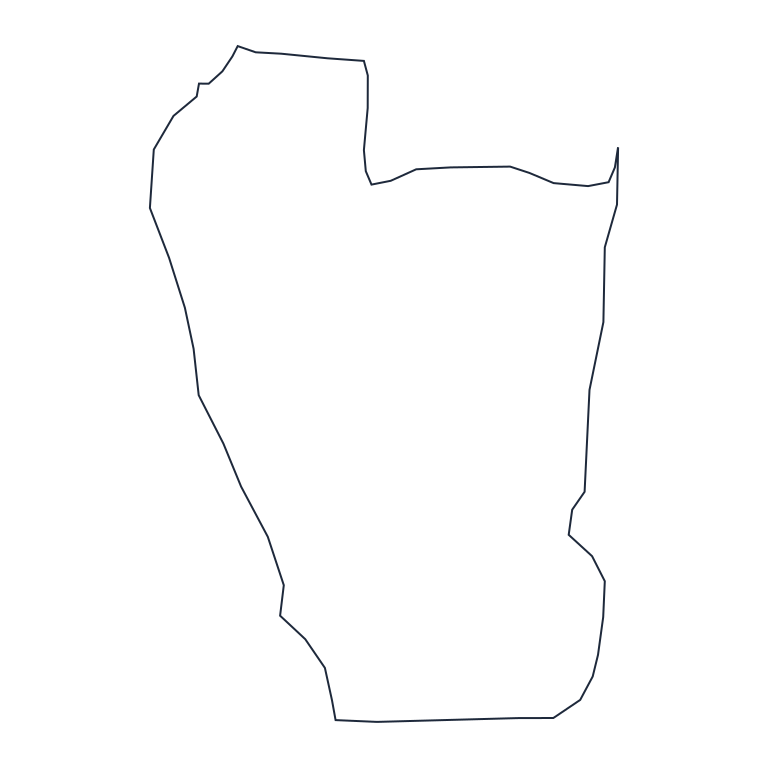 Orsa, Dalarna, Sweden
{"feature_id": "70781695B64555643883155", "entity_name": "Orsa", "entity_type": "district", "adm_level": 2, "iso_a3": "SWE", "parent_name": "Sweden", "parent_adm1": "Dalarna", "projection": "orthographic", "projection_center": [14.747, 61.336], "detail": "fine", "context": "isolated", "style": "outline", "palette": "slate", "viewbox_px": 768, "rotation_deg": 0, "n_neighbors": 0, "source": "geoboundaries", "source_scale": "gbopen_adm2", "svg_char_len": 859}
<svg xmlns="http://www.w3.org/2000/svg" viewBox="0 0 768 768"><path d="M199.0,83.6L196.7,96.5L173.5,115.9L153.8,149.5L149.9,208.0L169.1,257.9L184.9,307.8L193.6,348.8L198.7,395.2L223.4,443.6L241.1,486.6L267.8,536.8L283.8,585.2L280.1,615.7L304.4,638.4L305.2,639.1L324.9,667.9L332.0,700.3L335.4,719.1L335.6,720.1L377.0,721.9L517.3,718.1L553.3,718.0L554.7,717.1L580.2,699.9L592.7,676.5L598.0,654.9L603.2,617.1L604.8,581.2L592.1,556.2L568.7,534.8L572.2,509.7L584.6,491.8L589.5,389.9L603.4,322.1L604.8,247.3L617.0,204.6L618.1,147.4L618.0,147.6L614.9,167.4L608.6,182.2L588.1,186.1L553.6,183.1L529.3,172.9L510.1,166.6L450.7,167.4L416.2,169.3L390.7,180.8L371.5,184.6L365.8,171.2L363.9,150.1L367.7,108.0L367.8,75.5L363.9,60.9L327.6,58.3L281.2,53.7L255.7,52.3L237.7,46.1L232.4,56.4L222.4,71.3L208.7,83.7L199.0,83.6Z" fill="none" stroke="#1e293b" stroke-width="2"/></svg>